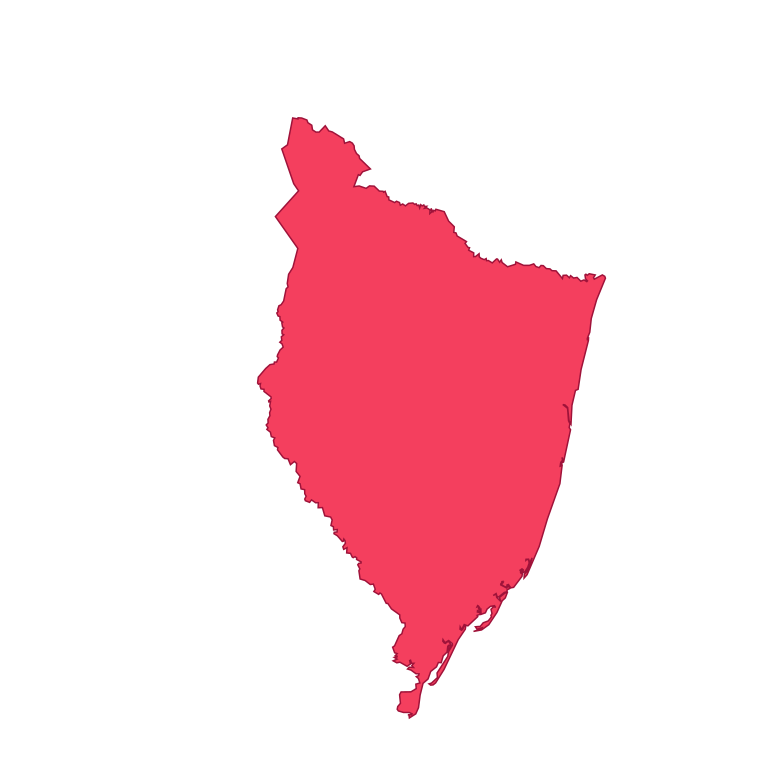 Antón, Coclé, Panama, rotated 313°
{"feature_id": "35544464B51577894822537", "entity_name": "Antón", "entity_type": "district", "adm_level": 2, "iso_a3": "PAN", "parent_name": "Panama", "parent_adm1": "Coclé", "projection": "mercator", "projection_center": [-80.226, 8.473], "detail": "fine", "context": "isolated", "style": "filled", "palette": "rose", "viewbox_px": 768, "rotation_deg": 313, "n_neighbors": 0, "source": "geoboundaries", "source_scale": "gbopen_adm2", "svg_char_len": 6172}
<svg xmlns="http://www.w3.org/2000/svg" viewBox="0 0 768 768"><g transform="rotate(313 384 384)"><path d="M167.4,607.3L161.7,613.8L157.5,614.0L155.1,615.5L154.7,617.5L157.1,622.3L161.0,626.5L161.9,629.5L160.9,629.7L158.5,627.0L158.9,628.1L157.1,630.3L164.4,632.2L170.8,630.0L181.1,622.6L191.7,616.7L198.3,617.4L205.6,614.2L212.9,615.3L217.4,613.7L219.2,615.9L225.6,612.7L230.9,613.0L235.7,609.5L237.2,609.6L238.8,611.3L239.9,606.4L236.1,605.8L235.7,604.7L236.0,602.4L237.3,601.5L236.4,605.0L240.5,606.2L240.8,610.9L239.7,612.2L232.0,613.8L228.3,616.4L208.8,619.9L205.7,623.3L197.6,622.7L195.4,621.4L195.6,623.5L197.4,625.1L200.6,625.6L216.1,622.6L247.8,612.6L260.1,610.7L263.0,608.7L261.3,607.8L258.1,608.9L256.8,608.6L256.5,606.8L258.3,605.4L257.3,608.3L262.8,606.7L264.3,610.3L277.8,611.2L278.3,609.9L280.9,611.3L282.4,610.3L280.9,607.8L282.1,606.9L283.2,609.2L284.7,608.5L284.0,606.8L285.7,604.4L284.6,604.0L285.8,603.6L286.0,604.6L285.6,606.6L284.4,607.2L285.5,608.3L281.7,612.1L285.8,614.2L289.7,612.9L294.0,613.5L297.8,616.4L295.9,615.7L297.2,618.1L295.5,616.0L292.2,615.9L289.8,619.5L287.7,620.0L286.9,621.4L281.8,621.8L277.0,619.4L272.4,619.7L268.8,616.4L268.1,619.3L272.9,622.1L271.9,622.6L264.1,618.2L270.7,623.1L279.4,624.8L293.9,622.4L306.1,618.3L310.3,618.6L315.4,616.5L313.8,615.1L306.6,614.0L304.6,617.8L304.8,611.9L306.9,609.3L303.8,608.1L307.2,608.9L305.7,611.6L306.4,613.1L313.5,614.1L316.1,615.7L317.3,614.4L320.1,615.4L321.6,612.1L318.5,612.9L316.7,606.4L317.8,605.6L320.2,606.1L319.4,604.6L320.8,605.7L319.9,606.6L317.5,606.1L317.9,609.7L319.0,612.3L321.0,611.0L322.2,611.8L321.4,615.8L323.7,617.5L337.4,616.1L339.6,614.6L339.0,613.1L339.5,612.4L342.6,612.4L342.5,611.4L340.2,611.5L340.6,610.5L342.9,611.0L343.1,612.6L341.7,613.5L339.6,612.9L339.9,613.8L342.7,615.1L348.0,614.1L352.0,612.3L353.9,609.9L353.3,608.1L351.9,608.0L352.6,607.4L354.5,609.2L352.9,612.4L357.9,610.9L350.3,614.6L343.5,616.5L340.7,616.2L337.6,618.8L342.1,618.7L371.0,608.3L396.8,595.5L431.1,580.6L446.3,569.5L446.5,567.7L445.0,569.5L444.0,568.9L446.6,567.1L450.2,566.4L451.7,564.2L450.7,566.7L447.3,568.0L449.5,568.5L477.8,551.6L478.4,549.2L481.8,547.0L482.9,544.1L491.4,534.8L490.9,528.8L492.1,530.6L492.1,534.3L483.4,544.3L482.2,548.1L496.6,536.0L509.9,528.4L512.5,529.6L529.1,518.2L555.1,503.9L557.8,501.7L554.6,503.0L556.0,501.6L562.2,499.2L573.3,490.9L590.7,482.0L612.4,473.8L613.3,472.0L612.7,469.3L604.1,466.3L604.7,464.7L607.8,464.1L604.6,458.9L602.1,458.5L602.0,456.8L600.8,456.6L598.4,459.6L598.2,462.5L597.2,462.5L596.5,459.3L593.4,457.8L593.6,452.5L590.8,450.4L590.5,446.6L588.1,447.1L588.1,443.3L585.6,440.9L582.8,442.6L584.1,432.7L581.4,429.5L581.4,426.9L579.1,424.0L579.2,419.8L577.8,418.0L574.9,418.1L573.5,415.0L574.0,411.6L569.9,409.4L566.0,405.2L563.2,397.2L561.2,398.5L554.0,394.4L553.4,387.5L554.8,385.1L551.9,385.5L552.8,381.8L552.2,381.0L546.4,380.6L545.5,376.2L544.1,374.8L545.4,373.2L543.3,372.5L542.0,369.0L542.0,366.9L544.1,364.7L539.6,364.0L538.3,362.7L541.1,360.2L539.6,354.7L542.0,353.6L541.2,352.3L542.1,347.4L544.4,347.2L542.1,336.5L543.6,333.7L542.5,331.6L546.9,328.2L547.2,320.2L551.1,310.5L547.2,302.8L545.6,303.4L545.0,302.0L543.4,302.4L544.5,298.6L542.3,301.6L539.9,301.3L542.7,298.9L542.0,295.2L540.3,293.9L543.0,294.0L541.5,292.5L542.1,291.0L540.2,290.4L540.2,288.6L537.1,290.0L538.6,287.4L537.1,286.6L537.7,284.6L536.3,284.0L536.1,281.7L532.9,278.8L528.9,278.2L528.4,274.9L525.9,274.0L527.3,271.6L526.2,268.5L524.0,268.1L522.0,262.0L524.0,259.9L523.2,258.5L525.7,253.4L524.0,252.9L524.3,251.9L521.9,249.0L522.0,241.9L519.0,238.3L514.9,237.5L511.9,230.8L507.8,227.4L519.6,222.5L520.2,224.2L524.6,223.6L532.0,227.4L532.3,212.4L533.9,210.1L533.8,206.7L535.4,202.4L537.8,199.7L538.6,196.6L537.9,193.6L533.2,191.0L535.7,187.3L533.1,174.3L531.4,171.0L532.8,164.9L524.0,164.8L521.8,162.4L521.1,158.4L524.0,154.7L523.2,150.1L524.5,147.6L522.4,142.4L520.1,139.6L519.2,140.3L516.3,135.8L493.1,150.3L486.2,148.9L468.9,181.4L467.0,189.8L432.4,190.4L424.4,228.5L407.0,237.9L399.2,239.4L391.5,244.7L389.6,247.6L386.9,247.5L376.3,254.0L371.9,254.7L369.5,253.8L365.7,255.6L364.7,257.2L362.8,257.2L361.5,260.2L362.3,261.9L359.8,264.5L360.2,267.7L359.1,267.5L356.6,270.8L356.7,272.6L353.7,272.7L351.2,275.2L351.6,277.1L348.5,276.7L346.2,279.5L343.5,279.3L343.8,282.1L342.2,285.1L338.0,284.8L332.7,286.3L331.2,287.2L331.1,289.0L326.8,290.5L325.3,288.9L323.7,289.9L320.4,287.4L314.7,286.9L303.3,287.4L298.5,290.9L298.2,292.3L300.1,293.4L298.0,294.7L296.5,297.4L298.3,299.9L296.7,301.3L297.5,310.2L296.4,311.4L293.0,311.1L292.4,312.1L293.9,312.9L290.0,315.4L288.5,318.5L285.0,319.9L283.0,322.2L279.0,323.2L276.5,325.8L273.7,325.8L272.9,329.0L270.9,329.3L271.3,333.8L268.7,337.4L270.1,340.9L267.4,341.6L264.2,345.9L265.2,349.7L263.2,351.0L261.6,359.8L261.8,362.2L263.9,364.8L261.2,370.6L266.2,371.3L266.3,374.3L260.1,379.4L259.2,385.6L253.0,388.2L253.8,390.7L250.7,394.9L252.6,398.0L249.7,400.9L248.8,403.6L245.8,404.5L245.0,406.1L246.7,410.3L249.8,410.0L250.5,415.0L252.4,416.9L248.6,420.2L251.6,423.3L247.2,430.6L250.3,435.7L249.2,438.8L244.3,441.7L245.1,444.3L242.9,446.7L245.7,449.1L243.8,450.6L241.6,448.7L240.4,449.5L241.2,453.4L240.4,460.9L241.4,461.5L243.2,460.4L242.9,462.2L241.2,464.4L236.9,464.9L235.6,467.3L239.0,468.6L235.0,471.9L237.3,475.0L235.8,478.7L236.0,479.9L238.0,480.6L238.2,482.7L237.0,483.6L238.3,488.6L237.5,489.3L235.6,487.9L233.9,488.1L232.3,492.4L230.3,493.0L225.1,499.5L227.4,504.2L228.0,510.7L230.4,512.7L227.9,517.6L225.3,518.1L226.5,523.6L228.4,523.6L228.7,525.3L225.1,535.2L226.1,536.5L224.6,542.8L225.9,553.0L223.6,555.2L221.6,559.8L223.5,562.4L221.1,565.0L217.7,565.2L213.5,567.4L210.3,566.7L199.7,570.3L197.4,569.8L194.7,575.1L195.8,577.5L192.9,577.5L193.9,579.3L193.2,579.7L191.1,578.1L191.7,581.2L187.8,579.5L188.8,583.5L191.4,585.4L193.3,593.4L197.2,594.3L199.2,591.4L200.1,591.8L198.5,594.6L200.1,596.3L197.0,596.4L196.8,598.9L194.1,595.6L191.6,595.6L193.2,598.9L193.9,604.9L195.9,607.3L194.3,608.2L192.0,607.2L192.1,610.0L189.8,614.1L186.2,612.0L183.2,615.3L177.2,613.6L170.4,606.5L167.4,607.3ZM237.7,611.8L237.4,610.4L235.9,610.0L233.0,612.1L237.7,611.8Z" fill="#f43f5e" stroke="#9f1239" stroke-width="1.5"/></g></svg>